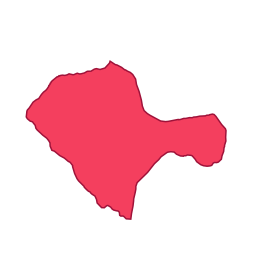 outline of Camotán, Chiquimula, Guatemala, rotated 48°
{"feature_id": "79465075B72038924069090", "entity_name": "Camotán", "entity_type": "district", "adm_level": 2, "iso_a3": "GTM", "parent_name": "Guatemala", "parent_adm1": "Chiquimula", "projection": "orthographic", "projection_center": [-89.276, 14.868], "detail": "fine", "context": "isolated", "style": "filled", "palette": "rose", "viewbox_px": 256, "rotation_deg": 48, "n_neighbors": 0, "source": "geoboundaries", "source_scale": "gbopen_adm2", "svg_char_len": 2182}
<svg xmlns="http://www.w3.org/2000/svg" viewBox="0 0 256 256"><g transform="rotate(48 128 128)"><path d="M213.7,79.5L211.6,76.8L209.5,72.7L206.8,69.7L206.5,68.8L205.4,67.7L203.2,64.0L200.2,61.6L195.5,56.9L193.7,56.1L188.0,56.1L178.2,54.9L175.6,55.0L174.2,55.9L172.8,58.3L172.6,59.2L171.1,61.1L170.8,62.3L167.1,66.9L165.4,69.9L163.8,71.9L163.3,73.4L161.5,75.3L159.5,78.7L158.2,80.1L156.9,83.0L155.8,84.8L155.3,84.9L150.1,93.5L148.4,95.8L144.6,99.1L133.1,103.2L130.1,104.0L125.8,104.4L121.4,102.7L116.2,99.4L108.2,95.3L101.4,92.6L96.7,89.6L91.4,88.7L88.3,89.1L85.3,90.4L83.1,91.0L82.6,91.5L78.6,92.2L73.8,94.0L72.5,95.0L66.4,96.6L67.4,98.4L68.0,105.0L65.8,109.6L62.7,111.8L61.7,113.7L61.0,117.5L58.6,120.3L57.9,123.6L56.3,126.6L55.5,127.8L53.3,129.1L52.1,132.6L51.5,133.3L48.3,135.6L47.8,137.6L46.7,139.7L44.8,141.4L43.6,143.3L43.6,144.0L43.0,144.3L43.0,145.8L42.5,146.5L42.2,152.8L42.4,154.5L42.8,154.9L42.7,155.9L43.4,157.0L43.5,158.5L44.0,159.0L44.8,162.1L45.0,163.9L44.8,166.8L45.1,169.4L45.3,170.4L46.4,174.6L45.6,177.5L45.3,181.3L47.0,187.9L47.3,190.7L47.8,191.8L51.7,196.2L53.8,196.6L57.4,196.1L59.6,194.8L60.7,195.0L64.0,195.2L66.5,196.6L68.6,196.8L76.5,196.1L81.1,195.2L84.2,195.4L86.8,195.9L89.4,198.0L93.6,199.5L96.0,198.2L102.7,197.2L107.8,195.4L113.1,194.7L114.1,194.1L115.7,194.0L118.9,194.3L119.6,195.0L126.1,198.1L131.6,199.8L134.2,200.1L142.1,199.7L142.7,200.1L146.1,200.0L148.7,199.7L149.3,199.3L150.4,199.0L151.2,199.2L153.2,199.0L156.4,198.1L160.0,199.2L163.1,201.1L169.5,200.9L171.4,199.0L171.5,195.8L172.1,194.8L175.2,193.8L177.6,194.0L179.5,193.5L181.8,192.0L182.5,191.3L183.6,190.8L184.1,190.8L185.1,191.0L187.3,192.6L188.6,192.3L190.1,190.6L190.9,190.3L194.3,190.1L197.6,186.9L193.9,182.6L189.4,176.6L186.0,172.7L184.5,171.2L180.6,165.6L178.6,163.0L176.6,161.2L174.7,157.7L174.1,143.2L172.2,132.2L172.1,126.4L171.5,122.6L172.3,115.4L172.7,114.4L174.3,112.0L176.8,109.8L179.9,109.5L183.9,107.7L186.1,105.6L186.1,104.9L187.3,103.6L187.8,101.9L190.6,99.4L191.7,98.9L196.3,99.0L199.0,99.5L203.9,98.5L206.6,97.1L209.3,94.8L211.0,92.5L211.8,90.8L211.1,88.0L211.6,86.7L213.1,85.2L213.8,83.6L213.7,79.5Z" fill="#f43f5e" stroke="#9f1239" stroke-width="1.5"/></g></svg>